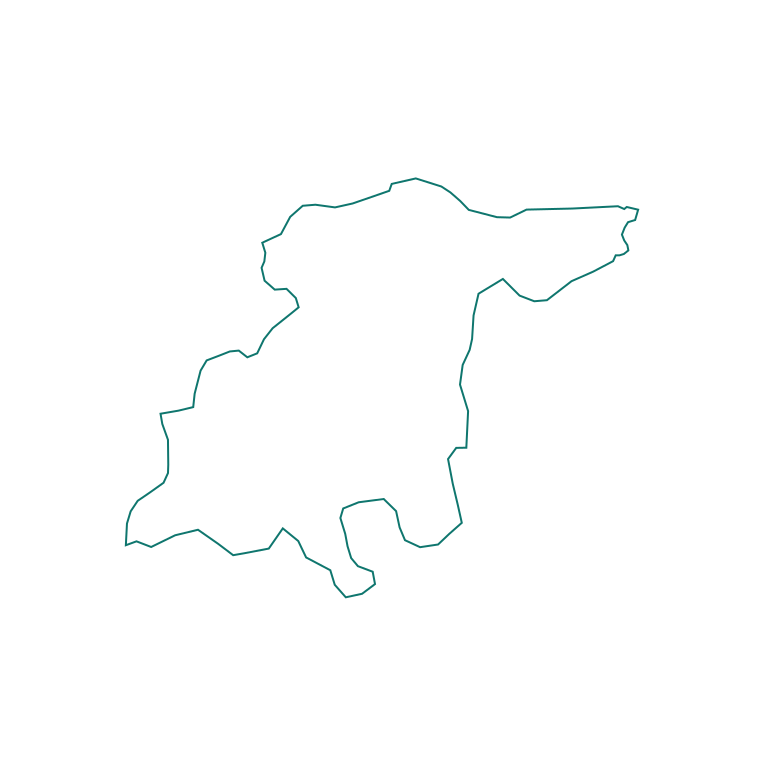 the district of Yeongam-gun, South Jeolla, South Korea, rotated 163°
{"feature_id": "91817680B36456413113015", "entity_name": "Yeongam-gun", "entity_type": "district", "adm_level": 2, "iso_a3": "KOR", "parent_name": "South Korea", "parent_adm1": "South Jeolla", "projection": "mercator", "projection_center": [126.62, 34.807], "detail": "fine", "context": "isolated", "style": "outline", "palette": "teal", "viewbox_px": 768, "rotation_deg": 163, "n_neighbors": 0, "source": "geoboundaries", "source_scale": "gbopen_adm2", "svg_char_len": 1579}
<svg xmlns="http://www.w3.org/2000/svg" viewBox="0 0 768 768"><g transform="rotate(163 384 384)"><path d="M654.3,296.2L628.0,300.4L604.5,299.0L589.3,279.6L578.3,264.4L567.2,263.0L542.3,260.3L523.0,275.5L511.9,258.9L509.2,240.9L489.8,221.6L489.8,206.4L482.9,191.2L466.3,189.8L451.1,195.3L449.7,207.8L462.2,217.4L466.3,227.1L466.3,239.5L464.9,252.0L464.9,268.6L459.4,276.9L442.8,278.3L417.9,274.1L409.6,258.9L411.0,242.3L409.6,228.5L397.2,217.4L379.2,214.7L365.4,221.6L350.2,228.5L348.8,246.5L347.4,268.6L344.7,293.5L333.6,301.8L323.9,299.0L311.5,333.5L311.5,361.2L303.2,379.2L292.1,391.6L286.6,401.3L278.3,423.4L267.2,442.7L239.6,449.7L228.5,428.9L216.1,419.2L203.7,416.5L174.6,427.5L151.1,430.3L129.0,434.5L124.8,439.3L121.3,438.2L116.6,438.2L111.3,440.3L111.1,441.6L110.7,445.7L112.3,451.0L112.8,457.3L108.1,463.2L103.3,467.4L95.9,467.4L92.8,472.1L90.0,476.4L100.1,482.3L103.1,481.1L108.3,485.6L152.5,496.7L196.7,509.1L214.7,506.3L227.2,510.5L252.0,525.7L257.6,536.7L264.5,547.8L271.4,556.1L293.5,571.3L318.1,573.1L322.5,567.2L361.2,565.8L379.2,567.2L397.2,575.5L409.6,578.2L424.8,571.3L438.7,557.5L459.1,554.7L459.1,544.2L462.6,536.2L467.1,530.9L468.0,517.7L460.9,506.2L449.4,503.5L443.2,492.0L443.2,482.3L452.0,478.7L474.2,469.9L485.7,461.9L496.3,450.4L506.9,449.5L513.1,458.4L521.9,460.2L533.4,459.3L546.7,458.4L555.5,450.4L567.9,430.1L573.2,417.7L588.3,418.6L606.4,420.9L607.7,410.6L606.9,393.8L613.9,369.9L616.6,362.0L623.7,354.0L639.6,348.7L653.7,344.3L663.5,336.3L670.6,325.7L678.0,305.3L666.7,305.9L654.3,296.2Z" fill="none" stroke="#0f766e" stroke-width="2"/></g></svg>